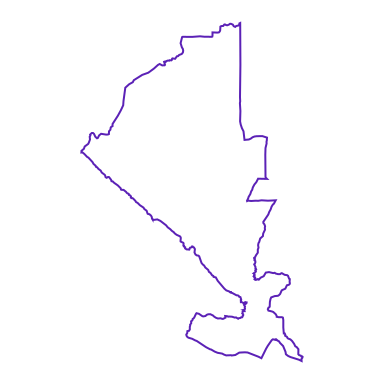 outline of Songwe, Mbeya, United Republic of Tanzania
{"feature_id": "72390352B69788666323478", "entity_name": "Songwe", "entity_type": "district", "adm_level": 2, "iso_a3": "TZA", "parent_name": "United Republic of Tanzania", "parent_adm1": "Mbeya", "projection": "albers", "projection_center": [32.779, -7.825], "detail": "fine", "context": "isolated", "style": "outline", "palette": "violet", "viewbox_px": 384, "rotation_deg": 0, "n_neighbors": 0, "source": "geoboundaries", "source_scale": "gbopen_adm2", "svg_char_len": 6032}
<svg xmlns="http://www.w3.org/2000/svg" viewBox="0 0 384 384"><path d="M81.5,150.8L81.4,152.5L82.3,152.3L84.3,153.9L87.1,156.9L88.4,157.6L92.6,162.2L93.5,163.9L95.7,165.8L95.8,166.5L96.2,167.0L97.2,167.3L98.3,168.8L100.7,170.6L101.7,172.5L104.7,174.8L105.1,175.4L105.6,177.2L106.7,177.8L107.7,177.1L108.8,177.0L109.1,177.2L111.1,179.8L111.5,181.2L112.7,181.4L114.1,182.8L117.8,185.4L120.7,188.3L121.0,189.6L121.4,189.8L123.6,189.9L126.1,191.9L126.7,192.8L127.6,193.5L128.3,193.6L128.8,194.0L129.0,195.0L130.3,195.5L131.0,196.5L130.8,197.6L131.4,198.1L132.5,198.1L133.3,198.7L135.4,200.9L136.1,202.1L137.6,202.9L139.9,205.2L143.5,207.6L144.3,209.0L146.6,210.7L147.6,213.7L148.1,214.0L149.4,214.2L151.0,215.6L151.7,216.8L152.0,218.6L152.5,219.4L152.5,219.0L152.8,219.5L153.8,219.9L157.3,219.4L160.4,220.9L166.1,225.3L167.7,227.3L170.4,229.3L171.7,230.7L174.0,232.4L174.5,233.2L176.6,234.8L179.9,236.3L180.6,237.2L180.8,238.0L180.5,241.2L180.7,241.6L183.3,242.8L183.6,243.6L183.4,245.5L184.0,245.8L183.9,246.5L185.2,247.3L185.1,248.4L186.6,249.4L188.7,249.5L189.1,249.7L189.4,249.5L189.5,248.7L190.1,247.7L191.6,247.3L192.1,246.4L192.7,246.5L193.4,247.3L194.0,247.5L194.9,249.1L194.5,252.5L195.5,254.5L196.8,255.4L198.3,255.6L199.2,256.3L201.5,262.9L202.8,264.5L204.1,265.5L205.3,267.5L208.2,269.9L208.9,271.8L210.4,272.9L210.0,272.2L212.1,275.3L213.9,276.2L213.4,276.0L213.6,276.9L215.8,277.4L217.7,280.8L224.3,288.6L226.3,290.4L229.1,291.4L229.7,292.0L230.5,292.0L230.3,292.4L230.6,292.6L232.3,293.0L236.5,295.3L237.9,295.4L238.8,296.0L239.2,296.8L240.4,297.1L241.2,299.5L241.1,300.2L240.8,300.2L240.9,302.1L241.5,302.0L243.5,303.1L245.3,302.1L246.0,302.4L246.6,302.4L246.6,302.9L245.8,303.8L244.0,304.9L245.0,306.5L244.7,307.3L245.0,308.6L244.7,309.5L243.4,309.9L244.2,310.2L244.5,311.1L243.2,311.1L242.5,311.9L242.6,313.0L242.3,313.5L243.2,314.3L243.2,315.3L242.5,316.2L242.6,316.6L242.1,317.3L241.0,317.4L240.5,317.9L238.4,318.3L238.1,318.7L236.0,317.4L234.8,317.6L232.0,316.7L228.7,316.5L228.2,316.7L227.2,316.2L225.2,316.0L225.5,317.6L223.3,318.8L222.3,318.9L220.6,318.3L217.9,318.5L215.8,317.7L214.0,316.5L213.0,315.5L210.3,314.2L208.1,314.3L206.6,314.9L205.5,316.0L203.3,316.4L202.4,316.2L198.9,313.8L196.5,313.2L195.9,314.0L194.2,317.6L193.5,318.4L192.7,318.9L192.5,320.0L191.9,320.8L191.1,321.3L191.2,323.3L190.1,324.7L190.2,325.7L189.8,326.7L189.8,329.5L189.0,330.8L187.4,331.1L187.2,333.2L186.3,334.5L186.5,335.7L187.3,336.9L188.4,337.7L192.2,338.8L195.0,340.3L196.8,341.0L206.1,347.2L210.1,349.3L211.1,349.5L214.7,351.6L217.6,352.8L222.2,353.6L224.0,354.6L226.2,355.4L231.1,355.2L231.6,355.5L235.3,355.0L239.3,352.6L244.8,352.3L247.6,352.5L258.4,356.7L261.4,358.2L266.1,348.7L267.8,345.8L271.2,340.9L272.0,339.9L272.9,339.3L275.5,339.9L275.3,339.4L276.0,339.2L278.2,341.0L279.0,341.3L280.0,342.9L283.1,346.0L285.5,351.8L285.9,354.2L286.3,354.6L288.2,356.0L290.6,357.1L298.9,359.7L301.6,361.0L301.5,358.9L302.4,357.7L302.6,356.8L302.2,356.4L301.3,356.4L300.9,355.7L299.1,355.1L298.3,354.2L298.4,349.2L296.6,347.0L295.3,346.3L294.1,343.8L292.1,341.0L290.4,339.4L288.2,338.6L287.5,338.0L286.9,336.8L285.1,335.7L285.3,334.8L284.8,333.6L284.6,333.3L283.8,333.4L283.3,327.5L283.3,320.0L282.9,317.6L281.9,317.2L278.8,317.2L276.7,316.8L276.7,316.0L275.8,314.3L273.3,312.0L272.1,311.5L268.4,310.6L267.8,309.2L268.5,307.6L269.3,307.3L269.7,306.6L269.9,301.9L270.5,299.0L271.2,297.4L274.7,296.1L277.9,295.8L278.9,295.2L280.1,294.0L281.6,290.6L282.1,290.1L285.3,288.7L286.9,285.3L288.8,284.8L289.7,284.0L289.9,283.1L289.6,282.0L289.8,279.1L289.1,278.7L288.0,275.8L287.2,275.2L284.6,274.8L281.9,273.2L281.4,273.2L280.1,274.1L277.9,274.1L275.6,273.5L274.7,272.8L273.2,273.1L269.0,272.1L265.8,272.6L263.7,276.2L260.6,277.7L258.8,279.7L258.2,279.6L257.9,279.1L257.2,279.2L256.3,279.8L255.4,279.9L255.0,279.7L254.6,279.3L255.2,278.9L255.2,277.8L254.3,277.4L254.3,276.9L253.9,276.5L254.6,276.2L254.6,275.2L254.0,275.3L254.4,273.6L253.7,273.3L255.7,271.8L255.9,271.3L255.3,270.4L256.1,269.6L255.7,269.1L255.8,268.7L255.4,268.5L255.5,267.0L254.2,264.3L254.9,263.7L255.4,262.2L255.3,261.0L254.5,260.3L255.0,259.0L254.8,258.7L254.2,258.6L254.1,257.9L255.2,257.0L255.9,255.4L257.8,252.7L257.8,249.6L258.5,247.7L258.1,245.1L258.5,243.1L259.2,242.0L260.2,238.5L262.9,236.1L263.2,233.5L265.0,229.7L264.8,227.8L265.1,226.3L264.4,224.3L263.4,223.1L263.3,221.9L268.3,214.5L269.2,212.0L270.6,209.5L271.6,206.6L272.9,204.5L273.9,203.7L275.7,200.3L268.0,200.7L261.5,200.3L258.2,200.8L255.6,200.7L251.1,201.0L248.0,200.6L247.1,201.1L247.0,200.8L248.2,198.3L248.6,196.9L250.3,194.1L251.2,191.3L252.2,189.8L252.8,187.5L254.4,184.5L256.3,182.2L258.1,178.7L267.0,178.9L265.7,177.6L265.5,176.7L265.3,154.6L265.5,148.0L266.6,143.5L266.5,141.8L266.8,140.5L267.0,137.6L262.3,136.1L256.8,136.2L254.5,136.5L252.5,137.3L250.8,138.6L248.8,139.5L244.5,139.9L243.5,131.3L241.9,128.1L240.7,124.5L240.1,121.4L240.4,111.0L239.9,103.1L240.2,101.3L240.0,97.3L240.4,64.9L240.2,23.0L239.4,23.4L239.3,24.5L238.5,25.5L236.2,26.0L235.2,26.9L233.7,26.2L232.8,24.6L230.9,23.8L230.0,23.8L228.8,24.7L227.1,25.3L225.7,24.9L224.9,24.4L224.2,24.6L223.3,25.9L221.2,26.1L220.4,26.6L220.2,30.2L219.8,31.4L218.9,32.4L217.3,32.6L212.5,32.4L212.5,35.6L212.3,36.6L211.7,36.8L204.0,36.7L200.0,36.3L192.0,36.9L182.7,36.8L182.1,37.1L180.6,43.2L181.9,47.4L182.8,48.8L183.2,50.7L182.9,52.5L181.7,54.0L179.1,55.0L178.1,56.1L176.9,56.3L175.1,58.8L172.4,58.4L172.1,58.7L171.8,60.0L171.3,60.4L169.7,60.2L169.2,60.7L168.1,60.5L166.3,61.1L165.7,61.9L165.0,61.5L164.1,61.8L165.0,64.8L164.6,65.3L162.2,65.4L159.7,64.0L158.0,64.9L153.9,68.6L148.3,72.7L142.2,74.9L133.8,80.2L132.8,82.2L129.2,84.2L125.3,87.7L123.5,101.0L123.2,105.3L120.8,110.4L117.9,115.7L112.6,123.9L112.5,126.2L111.3,126.8L110.7,127.6L110.4,129.7L109.0,131.3L108.9,134.1L107.9,134.5L106.1,134.6L101.1,133.8L99.1,135.4L97.8,138.0L97.0,138.3L95.3,136.7L94.0,133.9L93.0,133.0L91.8,133.0L90.1,134.6L90.4,135.5L89.7,136.7L90.0,139.5L88.8,142.7L88.2,143.9L84.7,146.5L83.9,148.8L81.5,150.8Z" fill="none" stroke="#5b21b6" stroke-width="2"/></svg>